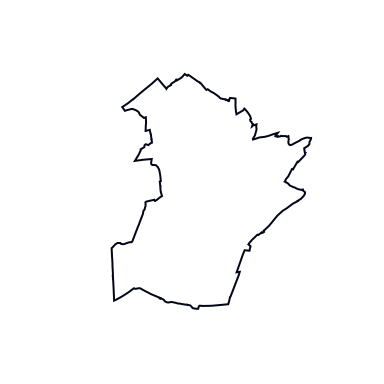 outline of Nijmegen, Gelderland, Netherlands, rotated 323°
{"feature_id": "6326949B60970179001979", "entity_name": "Nijmegen", "entity_type": "district", "adm_level": 2, "iso_a3": "NLD", "parent_name": "Netherlands", "parent_adm1": "Gelderland", "projection": "robinson", "projection_center": [5.848, 51.843], "detail": "fine", "context": "isolated", "style": "outline", "palette": "ink", "viewbox_px": 384, "rotation_deg": 323, "n_neighbors": 0, "source": "geoboundaries", "source_scale": "gbopen_adm2", "svg_char_len": 5756}
<svg xmlns="http://www.w3.org/2000/svg" viewBox="0 0 384 384"><g transform="rotate(323 192 192)"><path d="M76.4,214.1L76.3,214.4L75.1,216.3L69.1,225.1L65.1,230.9L64.4,231.9L67.0,232.4L69.6,232.8L73.1,233.3L75.7,233.5L81.1,233.9L85.3,233.9L87.6,233.9L87.8,234.0L87.9,234.5L88.2,234.9L88.7,235.4L91.5,236.8L92.0,237.1L92.4,237.5L92.8,238.0L93.4,239.5L95.0,243.0L96.7,246.4L96.8,246.7L97.6,248.5L101.7,255.6L103.0,257.6L102.3,257.8L102.6,258.3L103.1,258.2L104.2,260.1L104.6,261.1L104.5,262.2L104.7,263.3L105.1,264.2L105.7,265.1L106.5,265.9L107.4,266.5L108.6,267.0L109.7,267.7L111.3,269.6L112.2,270.6L113.2,271.9L113.6,272.6L114.6,273.3L116.8,275.7L119.4,278.4L119.5,278.4L120.0,278.7L119.9,278.9L121.3,280.3L122.0,281.1L122.3,281.5L122.5,282.0L122.6,282.6L122.6,283.2L122.6,284.5L122.8,285.1L123.0,285.5L123.7,286.4L124.5,287.2L126.6,289.0L128.6,287.5L129.5,287.3L130.8,288.3L130.9,288.6L133.0,290.2L136.6,292.8L137.7,293.6L139.9,295.1L148.1,300.2L153.4,303.4L154.9,302.3L155.0,302.3L159.3,298.7L159.5,298.7L159.8,298.7L160.0,298.6L179.2,286.6L182.1,284.5L179.3,283.0L195.1,272.5L197.8,270.9L198.1,270.7L199.0,270.2L202.6,273.5L204.3,271.9L205.4,271.1L206.1,270.6L206.1,270.3L205.5,267.8L207.2,267.2L210.0,266.6L211.3,266.3L215.4,265.9L217.8,265.5L218.7,265.6L218.7,265.8L219.2,266.3L223.5,266.2L223.3,266.9L225.0,267.2L225.6,267.2L226.1,266.0L227.4,266.0L233.5,265.3L245.7,262.3L252.9,261.6L254.3,261.7L257.2,262.0L265.4,262.0L270.1,262.8L270.0,262.6L270.3,262.6L274.8,263.0L275.8,262.9L278.6,262.4L279.5,262.1L280.1,261.9L281.4,261.1L281.7,260.8L282.0,260.4L282.1,260.1L282.1,259.7L282.0,259.4L281.7,258.5L281.6,258.2L281.7,257.5L282.1,256.8L281.7,256.5L281.2,256.8L278.7,253.9L278.4,253.5L277.7,252.3L276.7,250.2L275.8,248.9L275.7,248.9L275.6,248.6L274.2,245.9L273.9,245.0L274.0,243.9L273.5,242.0L273.1,241.4L272.9,241.1L272.9,240.6L272.4,239.7L272.5,239.7L273.2,239.5L273.4,239.1L273.5,238.9L274.9,238.2L278.4,237.4L285.7,233.8L286.4,234.7L286.5,234.6L294.5,231.3L294.8,232.0L295.6,231.8L296.0,231.8L303.5,230.6L304.5,230.3L304.9,230.2L305.2,229.8L305.7,228.9L306.3,228.8L306.0,228.1L306.7,226.7L306.8,226.7L307.9,224.6L312.1,224.9L312.2,225.0L313.1,224.8L314.4,224.5L314.8,224.2L315.5,223.2L315.8,222.9L318.8,221.3L319.1,221.1L319.4,220.7L319.6,220.5L318.9,220.0L318.5,219.5L317.9,219.0L317.0,218.1L316.5,217.7L315.8,217.3L314.7,216.9L312.9,216.3L310.9,215.8L308.4,215.7L305.7,215.2L304.1,214.9L300.5,214.4L299.8,214.2L298.5,213.5L298.3,212.9L298.2,212.1L298.2,211.7L298.3,211.3L299.1,210.0L300.1,208.9L301.0,208.2L301.7,206.8L302.4,205.8L302.6,205.4L301.6,205.2L301.0,204.9L301.1,204.7L300.8,204.1L300.2,203.5L298.4,202.2L298.1,202.0L297.6,201.4L297.1,201.0L297.0,200.9L296.9,201.0L296.0,200.7L293.9,199.6L294.2,199.2L293.8,199.0L293.4,198.8L292.9,198.6L292.2,197.6L292.5,197.4L292.7,197.1L293.6,197.2L293.9,197.1L296.2,196.4L291.3,194.6L287.4,193.4L285.9,192.8L284.4,192.2L282.9,191.5L279.2,189.3L278.4,188.9L274.6,187.7L272.3,186.8L272.6,186.2L273.0,186.2L273.6,185.7L273.8,185.6L275.3,185.1L276.4,184.6L277.0,184.1L277.7,183.6L280.8,181.2L281.5,180.5L282.5,178.7L283.4,177.6L283.4,177.4L283.5,177.2L283.8,177.0L284.1,176.8L283.6,176.6L282.3,176.3L281.6,175.9L281.1,175.6L280.7,175.4L280.4,175.5L279.7,175.8L279.4,175.8L280.8,174.7L281.4,174.4L281.6,174.4L281.3,173.1L281.4,172.8L281.7,172.1L281.6,171.7L281.3,171.0L281.3,170.6L282.0,169.2L283.1,169.1L284.1,166.4L284.3,163.7L284.4,162.7L284.4,160.9L284.1,157.3L284.0,156.9L282.0,157.6L274.3,156.7L275.5,154.3L277.9,150.3L278.7,149.2L283.0,143.6L281.3,141.9L278.9,139.7L278.1,140.1L277.2,141.0L276.2,141.6L275.9,141.3L276.5,140.8L276.7,140.4L275.8,140.1L275.4,139.9L274.9,139.3L274.5,139.1L274.8,138.3L274.7,138.1L274.2,137.7L273.9,137.7L271.7,135.1L271.2,134.6L270.9,133.6L270.8,132.1L270.0,129.3L268.8,125.7L267.6,123.4L266.4,119.4L265.0,119.2L264.9,119.0L264.8,118.0L264.5,112.0L264.4,111.7L264.5,111.6L264.4,110.0L264.1,109.1L263.9,109.2L263.8,108.6L263.2,107.3L261.3,101.4L259.9,97.1L259.5,96.1L258.1,96.3L257.2,93.4L253.4,94.2L252.6,94.2L252.1,94.2L252.1,94.3L250.7,94.2L247.1,93.8L247.3,93.1L247.0,93.0L247.1,92.8L246.9,92.7L245.3,93.4L240.7,93.1L239.9,93.3L239.6,94.0L236.6,93.5L235.3,93.7L233.9,94.1L234.0,93.9L233.7,93.9L232.9,80.6L225.5,81.3L212.6,81.8L205.9,82.2L201.0,82.6L201.0,82.4L194.2,82.6L187.4,82.2L187.3,86.8L189.1,87.4L193.9,89.4L194.6,90.0L196.3,92.7L196.5,93.1L197.0,94.4L197.3,95.2L197.4,95.6L197.4,96.3L197.4,96.8L196.9,98.7L196.9,99.1L197.0,99.5L197.4,100.8L198.2,103.9L198.3,104.0L199.6,104.3L200.1,104.5L197.1,108.9L194.7,111.6L191.7,115.3L195.7,117.0L195.1,118.0L194.8,118.8L194.2,120.0L194.3,120.0L193.8,121.4L191.8,124.7L191.2,125.4L191.5,125.6L189.7,128.5L189.4,128.4L188.5,128.2L185.3,128.2L183.9,126.1L183.7,126.0L183.2,126.0L182.3,126.1L182.0,126.3L181.5,126.9L181.0,127.3L180.8,127.5L176.9,127.0L176.9,127.4L172.1,130.0L165.1,132.8L171.8,136.5L179.7,141.4L176.7,144.3L176.4,144.9L176.3,145.5L176.4,146.1L176.8,146.7L177.1,147.0L178.8,148.3L179.3,149.0L179.4,149.4L179.7,151.4L179.2,154.5L176.7,159.5L173.7,164.5L172.6,164.2L170.5,167.7L170.6,167.9L170.0,168.8L169.8,168.8L168.6,170.6L167.1,173.2L165.6,177.2L163.5,177.0L158.5,177.1L157.2,177.0L157.0,176.9L157.1,176.0L157.2,175.5L149.6,172.1L149.4,172.1L148.6,172.2L148.5,172.5L148.1,173.0L147.6,173.8L146.4,175.3L146.2,175.5L145.3,176.0L144.5,176.6L144.4,176.7L144.3,177.0L143.8,177.3L143.1,177.7L142.1,177.7L141.8,177.9L139.7,179.9L134.9,182.9L132.1,184.6L131.2,185.3L126.0,188.4L114.5,195.6L113.4,195.7L112.4,194.8L111.3,194.3L108.0,193.2L106.4,192.8L104.2,191.0L104.1,189.6L101.7,187.8L99.1,187.7L95.3,188.4L94.0,188.5L88.7,196.3L88.5,196.7L85.6,201.0L83.8,203.5L80.8,208.0L79.4,210.0L78.7,210.8L78.8,210.8L77.1,213.3L76.9,213.7L76.5,214.1L76.4,214.1Z" fill="none" stroke="#020617" stroke-width="2"/></g></svg>